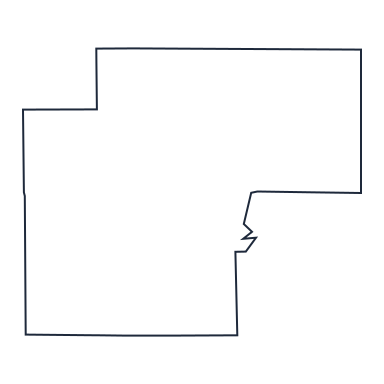 outline of White, Indiana, United States of America
{"feature_id": "52423323B46958637161995", "entity_name": "White", "entity_type": "district", "adm_level": 2, "iso_a3": "USA", "parent_name": "United States of America", "parent_adm1": "Indiana", "projection": "natural_earth1", "projection_center": [-86.852, 40.737], "detail": "fine", "context": "isolated", "style": "outline", "palette": "slate", "viewbox_px": 384, "rotation_deg": 0, "n_neighbors": 0, "source": "geoboundaries", "source_scale": "gbopen_adm2", "svg_char_len": 414}
<svg xmlns="http://www.w3.org/2000/svg" viewBox="0 0 384 384"><path d="M361.0,49.6L133.3,48.4L96.3,48.6L96.4,61.7L96.9,109.4L23.0,109.6L23.9,192.4L24.8,196.0L25.7,334.6L87.2,335.2L100.0,335.3L124.7,335.6L173.5,335.6L237.3,335.3L235.4,251.8L245.8,251.6L256.0,237.7L243.2,238.8L252.0,231.8L243.8,224.0L251.2,192.8L257.4,191.5L310.7,192.3L361.0,193.0L361.0,49.6Z" fill="none" stroke="#1e293b" stroke-width="2"/></svg>